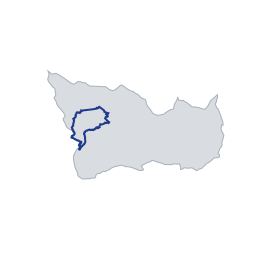 Yalinga, Haute-Kotto, Central African Republic (highlighted), rotated 202°
{"feature_id": "33826404B77142922363915", "entity_name": "Yalinga", "entity_type": "district", "adm_level": 2, "iso_a3": "CAF", "parent_name": "Central African Republic", "parent_adm1": "Haute-Kotto", "projection": "orthographic", "projection_center": [23.642, 7.657], "detail": "fine", "context": "in_parent", "style": "outline", "palette": "blue", "viewbox_px": 256, "rotation_deg": 202, "n_neighbors": 0, "source": "geoboundaries", "source_scale": "gbopen_adm2", "svg_char_len": 8269}
<svg xmlns="http://www.w3.org/2000/svg" viewBox="0 0 256 256"><g transform="rotate(202 128 128)"><path d="M173.9,98.0L176.0,98.5L176.4,99.2L175.8,101.4L176.2,102.7L177.5,103.9L178.7,104.4L179.9,104.7L184.0,105.4L185.7,106.2L188.0,108.7L190.9,111.0L191.5,112.3L191.4,113.4L190.6,114.8L190.7,115.3L192.0,116.7L193.5,118.1L196.3,119.6L201.0,122.0L203.2,123.7L204.0,124.9L205.2,126.2L206.9,127.4L208.0,128.4L207.3,131.1L207.5,131.9L207.9,132.7L208.9,133.7L209.3,135.1L210.3,136.8L211.5,137.5L213.5,137.8L214.5,138.6L216.7,139.9L218.7,141.0L219.6,141.8L220.2,142.5L220.7,143.4L220.9,144.2L221.0,146.0L221.3,148.3L222.5,149.8L223.5,150.9L219.3,149.6L218.6,149.6L217.9,149.8L215.7,151.5L214.9,151.7L212.1,151.4L205.4,150.1L200.1,148.9L198.6,148.5L195.8,148.1L193.9,148.9L192.2,151.8L191.7,152.4L189.0,153.2L187.7,153.0L184.5,153.8L179.7,152.6L178.0,152.9L176.6,153.5L173.1,154.8L171.0,155.5L168.5,156.2L166.2,157.2L164.6,157.8L163.1,157.8L161.7,157.2L160.1,156.7L158.3,156.6L156.4,156.9L154.8,158.0L154.2,158.8L152.8,161.0L151.1,164.5L150.4,165.2L149.9,165.6L142.3,163.8L139.0,163.4L136.8,163.9L134.0,162.9L132.8,162.7L132.2,163.0L130.7,162.6L128.2,161.4L125.8,160.8L123.6,161.0L122.3,160.6L121.2,159.4L119.9,157.2L117.4,155.1L114.1,153.4L112.1,152.1L111.2,151.2L109.5,150.7L106.7,150.6L104.1,151.4L100.3,154.0L96.8,159.4L94.8,161.5L93.3,162.0L92.9,163.3L93.6,165.4L93.8,167.9L93.2,171.9L93.4,174.9L92.6,174.4L91.8,173.0L91.4,172.7L89.1,173.3L87.9,173.9L87.3,174.4L86.8,174.5L86.1,173.7L85.5,173.6L84.6,173.7L83.7,173.7L83.1,173.6L82.7,173.6L81.6,173.2L77.6,172.0L76.9,171.6L76.2,171.6L74.1,172.6L73.0,172.8L69.7,173.4L66.2,173.7L64.9,173.7L64.0,174.1L63.4,174.7L62.2,178.4L62.0,179.1L62.0,180.0L61.7,183.1L61.8,184.0L57.6,192.3L56.9,190.9L56.4,189.2L56.3,187.4L56.4,186.9L56.1,186.3L55.8,184.8L56.1,183.8L55.8,182.8L55.0,181.8L54.3,181.0L53.9,180.3L53.5,180.0L52.7,179.8L51.6,179.5L47.0,174.5L42.2,168.9L41.3,167.1L40.9,166.1L42.1,166.0L42.4,165.8L42.4,165.3L41.7,163.9L41.4,162.1L40.8,161.0L38.9,159.3L37.1,158.0L36.5,157.3L36.2,156.4L35.6,150.4L35.3,148.7L34.8,148.0L34.4,147.6L34.2,147.2L34.3,146.2L34.6,145.2L34.6,144.8L35.1,144.0L35.1,138.5L34.6,137.8L33.5,137.7L32.9,136.9L32.5,135.9L32.6,135.2L33.7,134.1L34.4,133.7L36.4,132.9L37.0,132.4L37.4,131.9L37.6,131.2L38.9,128.4L40.7,125.6L41.5,125.0L43.3,120.9L43.8,119.9L44.1,118.8L44.7,118.0L46.6,116.6L48.2,114.2L49.7,114.3L51.4,114.8L53.5,115.0L55.1,114.5L56.2,113.6L61.3,112.0L61.7,110.7L62.5,110.0L63.5,109.4L63.8,109.4L63.9,109.8L64.4,111.2L65.5,112.6L67.2,114.1L67.7,114.0L68.8,112.9L71.4,112.2L72.1,111.9L74.0,110.3L76.3,109.3L77.6,108.9L80.0,107.9L81.6,108.0L84.2,107.9L88.6,107.4L91.8,107.3L93.4,107.1L93.8,106.9L94.4,105.3L94.9,104.9L96.1,104.2L98.4,101.8L100.0,99.8L100.5,99.1L100.8,99.0L101.4,98.1L100.8,97.3L98.2,95.4L98.3,95.2L98.1,94.9L98.3,94.6L99.3,93.9L100.6,93.1L102.0,92.8L105.8,92.9L108.9,92.8L109.7,92.8L112.2,92.4L113.9,92.0L115.6,91.2L119.6,91.3L122.9,89.1L123.8,88.8L124.2,88.4L124.4,88.1L125.9,87.2L127.6,85.4L129.0,83.8L129.4,82.7L133.2,78.8L134.4,78.9L135.1,78.4L136.6,75.9L137.0,75.4L138.6,74.9L139.3,74.2L139.9,73.0L140.0,71.6L139.7,70.5L139.7,70.0L140.0,69.5L140.6,68.9L143.5,67.6L144.2,66.9L144.6,66.3L145.4,66.2L146.3,66.3L146.8,65.9L147.4,65.2L149.4,64.4L151.2,63.7L153.1,64.0L156.5,64.9L157.5,66.7L158.0,67.4L162.3,71.7L163.1,72.8L165.2,76.0L166.5,78.1L168.0,81.2L168.1,82.8L167.9,84.3L167.6,88.3L167.3,89.5L165.4,91.7L165.3,92.7L165.7,93.5L166.3,93.8L166.6,94.2L166.4,96.1L167.1,96.9L168.5,97.4L172.0,97.7L173.9,98.0Z" fill="#d9dde1" stroke="#a8b0b8" stroke-width="1"/><path d="M177.3,104.2L177.0,104.1L176.7,104.0L176.3,103.9L176.1,103.8L175.8,103.5L175.6,103.3L175.5,103.1L175.4,102.8L175.3,102.6L175.4,102.3L175.5,102.0L175.5,101.8L175.5,101.7L175.5,101.4L175.6,101.2L175.9,101.0L175.9,100.8L176.0,100.8L176.0,100.6L176.3,100.3L176.4,100.2L176.5,100.0L176.7,99.9L176.9,99.8L177.1,99.6L177.1,99.4L176.9,99.3L176.6,99.1L176.6,98.9L176.7,98.6L176.9,98.2L176.8,97.9L176.6,97.9L176.4,98.0L176.2,98.0L175.7,97.9L175.3,98.0L175.0,98.1L174.8,98.0L174.6,98.0L174.3,98.0L173.9,97.9L173.6,97.8L173.4,97.8L173.1,97.9L172.7,97.7L172.4,97.6L172.2,97.6L171.9,97.6L171.5,97.7L171.4,97.7L171.2,97.7L170.8,97.5L170.6,97.4L170.4,97.5L170.2,97.5L169.7,97.7L169.3,97.8L169.2,97.7L168.9,97.6L168.5,97.6L168.4,97.6L167.9,97.3L167.6,97.3L167.3,97.3L167.1,97.4L166.8,97.7L166.7,97.8L166.3,97.7L166.2,97.7L166.1,97.4L166.0,97.2L165.9,97.1L165.8,96.9L165.9,96.4L165.9,96.2L166.0,96.2L166.4,95.9L166.6,95.7L166.7,95.4L166.8,95.3L166.9,95.0L167.0,94.9L167.1,94.7L167.0,94.3L167.0,94.2L167.1,93.6L167.0,93.4L166.9,93.3L166.7,93.3L166.6,93.5L166.3,94.0L166.2,94.0L165.8,94.0L165.7,93.9L165.4,93.6L165.2,93.5L165.2,93.4L165.1,93.2L165.1,92.9L165.3,92.6L165.3,92.3L165.3,92.1L165.4,91.8L165.4,91.5L165.5,91.2L165.3,91.2L165.2,91.0L165.1,90.8L165.2,90.2L165.3,90.0L165.3,89.9L165.0,89.8L164.8,89.8L164.5,90.3L164.5,90.6L164.4,90.9L164.5,91.3L164.6,91.6L164.7,92.0L164.3,92.6L164.1,93.0L163.7,94.0L163.5,94.5L163.5,94.8L163.3,95.2L163.0,95.9L162.6,96.4L162.6,96.5L162.7,96.9L162.5,97.1L162.4,97.3L162.5,97.7L162.3,98.3L162.3,98.8L162.5,99.5L162.6,99.8L162.8,100.0L163.0,100.4L163.6,101.5L163.8,102.0L164.1,102.4L164.2,103.0L164.4,103.6L164.6,103.8L164.9,104.0L165.0,104.4L165.2,104.7L165.4,104.8L165.5,105.1L166.3,105.9L166.5,105.9L166.6,106.1L166.7,106.4L166.6,106.8L166.7,107.1L166.8,107.5L166.6,107.6L166.5,107.9L166.2,108.0L166.2,108.3L166.3,108.6L166.3,109.0L165.6,109.9L165.2,110.3L164.9,110.3L164.3,111.1L164.1,111.3L163.7,111.6L163.4,111.9L163.2,112.1L162.9,112.1L162.7,112.2L162.4,112.0L162.2,112.1L161.9,112.1L161.8,112.3L161.7,112.4L161.4,112.5L161.1,112.7L160.7,112.6L160.2,112.8L160.0,113.1L160.0,113.4L159.8,113.5L159.6,113.5L159.3,113.4L159.1,113.3L158.6,113.9L158.6,114.4L158.3,115.0L158.2,115.0L157.8,115.1L157.7,115.5L157.5,115.9L157.7,116.3L157.6,116.5L157.4,116.5L157.2,116.4L157.0,116.5L157.0,116.8L156.9,116.8L156.6,116.7L156.4,116.5L156.2,116.6L156.2,117.0L156.0,116.9L156.0,116.7L155.9,116.6L155.5,116.7L155.2,117.1L155.1,117.6L155.1,117.8L155.3,118.1L155.2,118.3L154.9,118.4L155.0,118.5L155.1,119.2L155.1,119.6L155.0,119.8L154.9,120.4L154.9,120.6L155.0,120.8L154.9,120.8L154.8,120.7L154.5,121.0L154.4,121.1L154.4,121.3L154.2,121.3L154.1,121.2L153.9,121.3L153.1,121.8L152.2,122.8L151.7,123.2L151.5,124.1L151.4,124.3L151.2,124.3L150.7,124.2L150.4,124.2L150.2,124.3L150.2,124.5L149.7,124.7L149.0,125.3L148.6,125.5L148.3,125.5L148.1,125.4L147.9,125.3L147.7,125.6L147.6,126.3L148.4,126.4L149.0,126.8L149.3,126.8L149.4,126.7L149.7,126.7L149.9,127.0L150.1,127.1L150.4,127.2L150.6,127.3L150.8,127.5L151.1,127.6L151.5,127.7L151.8,127.8L152.2,128.1L152.7,128.3L152.9,128.5L152.8,129.2L152.8,129.6L152.5,129.8L152.4,130.2L152.2,130.3L151.8,130.4L151.6,130.6L151.3,130.7L151.1,131.1L151.2,131.4L151.8,131.4L151.9,131.5L152.0,132.0L152.4,132.3L152.8,132.3L152.9,132.5L153.1,132.5L153.4,132.5L153.6,132.6L153.5,132.9L153.3,133.0L153.2,133.0L153.0,132.9L152.3,133.2L152.2,133.3L151.9,133.6L151.8,134.4L153.4,134.2L154.0,134.1L154.8,134.3L155.4,134.1L156.0,134.1L156.2,134.4L156.7,135.3L162.5,136.9L162.9,136.6L162.9,136.2L162.9,135.7L163.1,135.6L163.1,135.4L163.2,135.1L163.4,134.9L163.7,135.1L164.0,135.1L164.6,135.0L164.7,134.2L165.0,133.7L165.6,133.5L166.5,132.9L167.2,132.4L177.1,127.0L177.1,126.7L177.3,126.6L177.6,126.7L177.8,126.7L177.6,126.3L177.6,126.2L177.4,126.0L177.5,125.9L177.8,125.8L178.0,125.7L178.0,125.3L178.1,125.1L178.3,125.0L178.3,124.9L178.2,124.8L178.1,124.7L178.0,124.3L178.3,124.2L178.4,123.9L178.5,123.8L178.8,123.9L179.0,123.9L179.3,123.7L179.5,123.7L179.8,123.7L180.0,123.8L180.6,123.6L180.9,123.1L181.2,123.3L181.3,123.1L181.4,122.8L181.4,122.5L181.2,121.9L181.4,121.3L181.3,120.8L181.5,120.4L181.4,120.2L181.2,119.9L181.3,119.7L181.2,119.6L180.9,119.6L180.8,119.4L180.9,119.2L180.7,118.7L180.8,118.5L180.9,118.1L181.1,117.9L181.1,117.7L181.3,117.5L181.3,117.2L181.6,117.1L181.8,116.3L182.0,116.1L181.8,116.0L181.5,115.8L181.4,115.7L181.5,115.5L181.2,115.3L181.0,114.5L180.7,114.4L180.6,114.0L180.5,113.4L180.6,112.9L180.3,112.1L180.4,111.5L180.0,110.7L180.0,109.7L179.7,109.3L180.0,109.0L180.2,108.3L180.3,107.5L180.1,107.3L179.9,107.2L179.6,106.8L179.4,106.7L179.3,106.0L178.9,105.8L178.5,105.7L177.3,104.7L177.3,104.2Z" fill="none" stroke="#1e3a8a" stroke-width="2"/></g></svg>